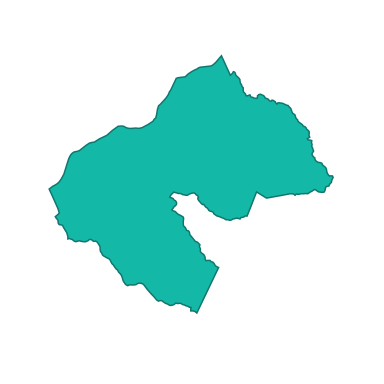 Parambu, Ceará, Brazil (orthographic projection), rotated 66°
{"feature_id": "56859067B29011141793469", "entity_name": "Parambu", "entity_type": "district", "adm_level": 2, "iso_a3": "BRA", "parent_name": "Brazil", "parent_adm1": "Ceará", "projection": "orthographic", "projection_center": [-40.595, -6.298], "detail": "fine", "context": "isolated", "style": "filled", "palette": "teal", "viewbox_px": 384, "rotation_deg": 66, "n_neighbors": 0, "source": "geoboundaries", "source_scale": "gbopen_adm2", "svg_char_len": 5364}
<svg xmlns="http://www.w3.org/2000/svg" viewBox="0 0 384 384"><g transform="rotate(66 192 192)"><path d="M108.4,278.2L108.1,280.7L107.6,282.7L107.5,284.0L108.1,286.4L108.8,287.7L109.7,289.0L111.0,290.6L113.6,293.0L123.6,301.8L127.1,306.4L128.7,309.1L129.6,311.7L130.0,314.5L130.1,316.8L131.2,321.3L139.4,321.2L152.6,321.2L157.2,321.8L157.9,323.3L158.9,326.9L160.7,326.7L162.1,326.2L163.7,326.0L164.9,326.5L166.1,326.9L167.5,326.7L168.3,325.9L169.0,324.5L170.1,323.8L172.0,323.8L174.3,323.5L177.9,323.0L179.8,323.2L182.1,323.5L184.4,324.5L184.7,322.8L185.8,321.8L186.7,320.7L188.8,319.7L190.0,318.6L190.4,317.1L190.6,315.0L191.8,313.5L193.0,311.8L194.1,309.8L194.2,308.0L194.2,306.5L193.6,305.0L194.6,303.2L196.0,302.7L197.2,301.7L197.7,300.1L198.8,299.1L200.2,298.8L202.2,298.5L204.2,298.3L205.4,298.5L206.6,299.1L207.8,299.5L209.3,299.8L211.2,299.3L213.1,299.4L214.7,298.6L217.5,296.5L219.2,295.0L220.9,294.5L223.2,294.4L224.8,294.3L226.8,293.5L228.3,293.3L230.2,292.9L231.8,292.5L232.9,291.7L235.1,291.7L237.6,290.8L238.9,290.5L240.7,290.4L242.9,290.7L245.2,291.0L246.6,290.8L247.9,290.6L249.6,290.2L251.4,288.8L251.5,286.4L252.4,284.9L253.0,283.5L253.5,282.3L253.8,280.7L253.5,279.0L253.7,277.3L254.7,275.7L255.7,274.5L257.5,273.6L259.2,273.3L260.9,272.9L263.1,272.4L264.3,272.0L265.7,271.6L267.2,271.1L269.1,270.5L270.4,270.0L272.8,269.1L274.6,268.7L276.5,268.1L278.0,267.1L278.2,265.2L279.2,263.7L281.2,262.6L283.2,261.3L284.0,260.2L285.6,259.2L286.9,257.9L287.4,256.1L287.5,254.1L286.9,252.0L288.2,250.2L288.7,248.2L289.8,247.1L291.2,246.2L292.0,244.9L293.5,243.9L294.5,242.5L296.2,241.3L297.1,239.9L298.7,240.9L300.1,241.5L301.1,239.3L302.4,237.9L304.5,236.8L271.8,198.4L270.6,199.5L268.8,200.7L267.5,200.8L266.2,200.9L264.5,201.5L263.5,202.9L261.8,203.4L260.9,205.4L260.4,207.1L258.7,207.4L257.4,206.7L255.7,206.5L254.2,206.7L252.8,207.3L251.1,208.4L249.3,208.5L248.2,207.8L247.0,207.4L245.4,207.5L244.3,207.1L243.5,206.2L242.1,206.7L240.1,207.4L238.4,209.1L236.4,209.6L234.2,210.2L232.3,210.7L230.0,211.3L227.6,210.7L226.1,211.0L224.9,212.5L222.7,212.5L221.2,212.7L219.8,213.5L218.3,213.2L216.9,212.7L215.3,211.9L213.7,211.0L212.6,210.3L211.0,210.3L209.9,211.2L208.3,212.3L206.9,213.6L205.4,214.4L204.0,214.8L202.6,215.6L201.4,217.1L200.1,217.6L199.1,215.7L198.2,214.5L197.9,213.1L197.4,211.8L196.6,210.9L195.2,210.4L193.4,210.6L191.9,211.7L190.3,211.9L189.0,213.1L187.6,214.4L186.7,213.3L185.8,211.6L185.2,209.9L184.7,208.7L185.5,207.8L186.5,206.5L187.8,205.1L188.4,203.7L189.3,202.5L190.7,201.5L191.3,200.4L192.6,198.8L193.1,197.4L192.8,195.2L193.0,193.1L193.5,190.6L195.1,189.6L196.4,189.3L197.5,188.3L199.3,188.2L199.9,189.2L201.3,189.5L203.5,189.1L204.8,188.6L206.4,188.2L207.7,187.5L208.1,186.3L209.3,186.1L211.1,185.7L213.3,184.4L215.7,184.1L216.9,183.2L218.1,181.6L219.3,180.8L220.5,181.0L221.6,180.4L222.7,179.8L224.1,178.9L225.3,177.4L226.4,176.3L227.9,174.9L229.4,173.4L231.2,172.2L231.9,170.5L233.2,169.1L233.6,167.2L233.3,165.6L233.7,163.9L234.0,161.9L234.9,160.5L236.2,159.1L235.2,157.7L235.7,156.1L235.9,154.6L235.5,153.2L236.4,151.5L229.9,144.8L218.2,133.0L227.9,126.4L232.0,109.6L233.7,102.5L235.2,100.0L236.9,99.2L236.3,97.4L237.3,96.2L237.7,94.8L237.9,93.0L238.8,91.3L239.4,89.4L240.1,88.0L240.7,86.7L240.4,85.5L240.1,83.8L240.1,82.3L239.8,80.8L239.6,78.8L240.9,77.8L242.3,77.1L243.5,76.2L244.2,74.9L245.2,73.5L245.8,71.3L244.7,69.9L243.6,69.1L242.5,68.4L241.7,67.2L242.2,64.5L240.7,62.8L239.9,60.7L238.4,59.7L237.4,58.8L236.2,57.2L234.5,57.1L233.7,58.6L233.3,59.9L231.7,60.5L230.4,60.7L229.1,60.7L227.2,60.3L225.7,59.9L223.9,60.0L222.2,60.8L220.5,61.7L218.5,61.7L217.2,63.0L216.2,64.7L214.8,65.7L213.5,66.3L212.0,66.4L210.8,65.9L209.3,66.7L207.3,67.2L205.6,66.6L204.8,65.3L204.0,64.2L202.0,64.2L200.7,63.9L199.1,64.1L197.3,62.9L195.8,62.9L193.8,61.7L192.8,62.7L191.6,64.8L190.3,65.0L190.0,63.5L189.8,62.1L188.0,62.2L185.9,61.0L184.4,60.4L182.8,60.9L181.3,61.7L179.6,61.7L178.4,62.2L177.0,63.5L175.1,63.9L173.2,65.0L171.8,65.9L170.2,66.4L169.0,66.2L167.0,67.0L165.1,66.8L163.2,66.6L161.3,67.9L159.4,68.1L157.6,67.9L155.7,67.8L153.8,68.6L152.1,69.0L151.0,70.4L149.7,71.5L147.8,73.2L146.5,75.2L145.5,77.1L146.2,78.6L144.9,79.2L143.4,79.2L141.6,80.4L140.6,81.5L141.2,82.7L140.6,83.9L139.2,84.4L137.7,84.9L136.6,86.2L135.5,87.1L134.2,86.9L133.0,87.5L131.8,88.5L130.5,89.7L130.2,91.3L130.7,93.0L132.7,94.0L132.4,95.6L131.5,97.0L130.2,98.1L129.2,99.5L126.8,99.6L126.7,102.2L126.1,103.4L124.1,103.3L121.7,104.2L119.8,103.8L117.6,102.8L115.9,103.4L114.1,103.1L112.4,103.5L110.3,103.1L108.9,102.5L107.2,102.8L105.9,103.3L104.8,103.8L102.9,104.5L101.2,104.1L99.8,104.3L98.9,105.3L99.9,106.5L100.5,108.0L100.9,109.5L98.7,109.5L90.1,109.6L87.6,109.6L79.5,109.7L83.2,117.4L84.2,120.4L84.6,122.4L84.5,123.8L83.1,128.1L82.6,129.9L81.3,133.8L81.3,136.0L81.7,137.7L81.6,139.5L81.7,141.1L82.0,144.1L82.6,147.4L84.0,151.4L81.9,158.3L81.8,160.2L89.3,168.9L90.7,170.6L91.1,171.7L92.5,173.0L94.1,175.0L95.5,177.4L96.8,180.2L99.0,185.3L99.6,187.4L102.5,190.0L106.6,192.6L108.5,194.2L109.6,194.9L110.2,197.1L111.4,198.6L111.7,200.0L112.5,204.8L112.9,211.0L112.7,212.9L112.1,215.0L110.7,217.4L109.0,222.2L108.2,223.7L107.4,224.9L106.0,226.4L104.3,227.5L103.0,229.7L101.9,232.7L103.4,239.8L105.0,244.9L105.6,246.8L105.8,254.9L106.4,259.0L106.7,260.8L106.0,263.4L105.6,265.9L106.4,270.3L108.4,278.2Z" fill="#14b8a6" stroke="#0f766e" stroke-width="1.5"/></g></svg>